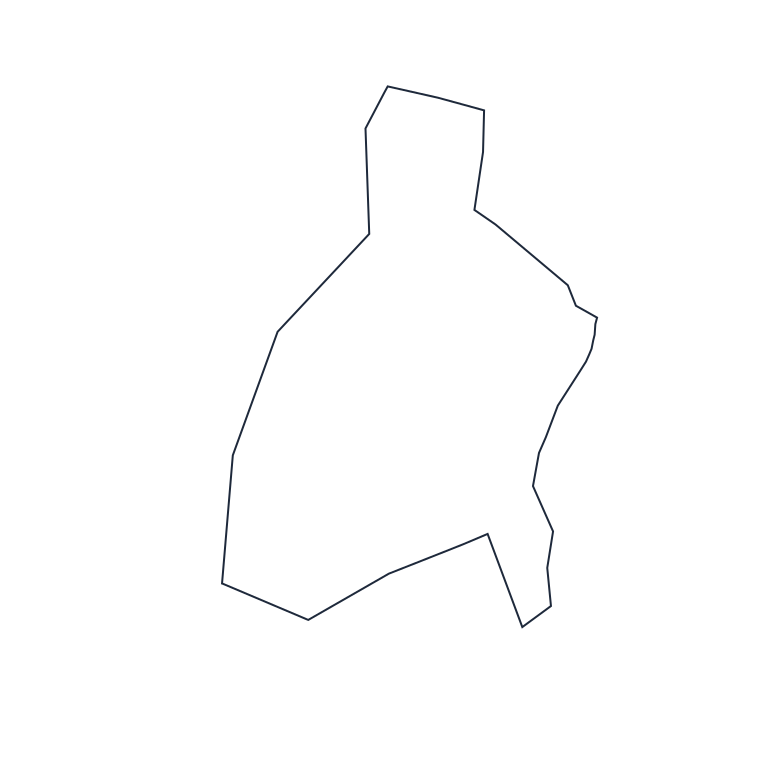 Sainshand, Dornogovi, Mongolia, rotated 339°
{"feature_id": "93677404B78585680282689", "entity_name": "Sainshand", "entity_type": "district", "adm_level": 2, "iso_a3": "MNG", "parent_name": "Mongolia", "parent_adm1": "Dornogovi", "projection": "equal_earth", "projection_center": [110.055, 44.624], "detail": "fine", "context": "isolated", "style": "outline", "palette": "slate", "viewbox_px": 768, "rotation_deg": 339, "n_neighbors": 0, "source": "geoboundaries", "source_scale": "gbopen_adm2", "svg_char_len": 610}
<svg xmlns="http://www.w3.org/2000/svg" viewBox="0 0 768 768"><g transform="rotate(339 384 384)"><path d="M488.8,112.0L458.3,138.8L424.0,238.6L303.4,297.1L217.3,396.4L161.3,512.2L161.7,512.5L228.7,577.1L320.6,562.8L363.8,562.4L400.4,562.0L427.0,561.1L426.0,660.5L460.3,651.1L470.5,614.2L489.0,582.2L486.5,532.7L504.0,503.9L516.1,491.6L538.5,466.5L571.2,442.5L580.6,435.5L586.2,429.9L590.4,425.5L595.0,418.2L598.3,413.5L602.8,403.8L606.7,398.4L591.2,379.7L591.0,357.7L545.3,275.1L530.8,253.9L559.6,202.9L575.5,164.4L537.0,136.1L494.1,107.5L488.8,112.0Z" fill="none" stroke="#1e293b" stroke-width="2"/></g></svg>